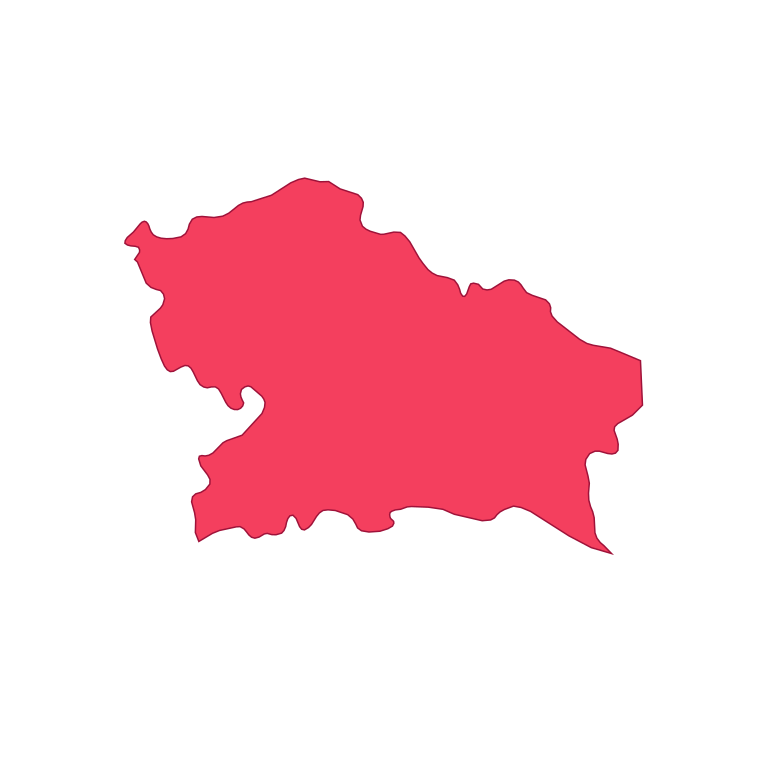 outline of Buzau, rotated 152°
{"feature_id": "ROU-314", "entity_name": "Buzau", "entity_type": "County", "adm_level": 1, "iso_a3": "ROU", "parent_name": "Romania", "parent_adm1": "", "projection": "albers", "projection_center": [26.856, 45.281], "detail": "fine", "context": "isolated", "style": "filled", "palette": "rose", "viewbox_px": 768, "rotation_deg": 152, "n_neighbors": 0, "source": "natural_earth", "source_scale": "10m", "svg_char_len": 3399}
<svg xmlns="http://www.w3.org/2000/svg" viewBox="0 0 768 768"><g transform="rotate(152 384 384)"><path d="M235.1,226.0L241.2,222.7L244.4,218.2L247.1,207.0L249.3,200.0L254.7,191.6L257.7,185.3L259.2,178.8L259.7,173.3L261.2,167.3L267.6,153.6L268.4,147.9L267.5,142.5L265.7,137.9L262.7,127.5L277.8,142.2L292.0,163.1L314.4,202.7L320.9,210.6L327.0,215.4L336.7,216.7L341.5,216.6L345.6,215.6L349.3,213.9L353.7,213.9L361.5,217.2L383.1,236.0L390.8,245.7L402.6,254.4L417.2,262.9L421.2,264.6L428.1,265.6L433.1,267.5L436.6,268.0L438.9,267.7L440.3,266.1L441.1,264.0L441.3,262.5L441.0,261.1L440.5,259.9L440.0,258.2L440.7,256.4L443.2,254.6L448.5,254.4L456.7,255.9L466.8,260.4L472.8,265.0L474.9,269.3L474.7,273.5L474.9,279.4L477.4,285.7L486.4,295.2L492.5,299.2L497.2,301.0L501.6,300.5L505.7,298.8L514.0,294.0L518.1,292.7L522.7,292.5L524.9,294.4L525.5,297.7L524.7,306.6L526.0,310.9L528.9,311.8L532.1,310.3L535.1,307.5L537.8,304.2L541.1,301.6L544.4,300.4L550.1,301.6L553.8,303.7L557.2,306.9L560.0,307.8L566.2,307.5L570.4,308.5L572.9,310.9L574.2,314.2L574.8,317.9L575.6,321.8L578.0,325.6L581.4,327.2L598.0,331.9L605.6,332.7L621.4,331.9L620.3,341.4L614.0,352.5L611.7,359.2L609.2,370.3L606.0,374.3L601.8,375.4L596.6,374.3L591.3,374.6L584.7,377.4L582.4,381.5L582.4,386.5L584.2,397.7L582.8,404.9L580.9,406.9L578.4,406.3L575.7,404.4L572.0,403.3L567.4,403.4L553.8,407.7L549.5,407.8L533.3,405.4L505.6,415.2L500.5,419.4L497.7,423.5L497.2,427.0L497.6,430.6L502.8,444.0L504.9,446.1L508.3,446.8L512.4,446.1L515.4,442.8L516.4,439.8L516.7,436.7L516.8,433.2L519.0,431.0L522.0,429.9L525.2,430.1L528.2,431.8L530.5,434.5L531.9,438.1L532.3,442.1L532.1,452.0L532.4,457.3L534.2,460.6L537.6,462.4L541.8,463.6L544.6,466.0L546.7,469.8L547.2,474.5L546.8,484.3L547.0,488.5L548.3,491.9L551.0,493.8L555.5,494.3L563.9,494.1L566.9,495.3L568.7,498.3L569.4,502.9L568.9,510.8L567.5,521.3L563.9,539.6L561.4,547.9L558.5,552.6L545.9,555.9L542.1,557.8L537.7,562.3L536.5,566.9L537.4,571.4L540.7,574.4L544.4,578.7L546.6,584.7L544.4,607.5L545.7,611.0L538.1,615.0L536.8,617.1L536.6,620.0L539.0,622.4L542.8,624.9L545.3,627.2L546.7,629.9L545.2,632.0L541.9,633.9L533.9,635.8L524.0,639.9L521.7,640.5L519.2,640.2L517.9,638.8L517.3,636.5L517.4,633.8L518.0,630.8L518.2,627.5L517.7,624.1L515.7,620.7L512.4,617.4L507.7,614.3L502.1,611.6L494.1,609.2L488.6,609.9L484.3,612.7L480.8,616.5L475.9,619.5L470.9,619.4L466.1,617.4L455.9,610.8L447.6,607.9L440.9,607.7L428.7,610.0L423.6,610.0L419.4,608.9L415.7,607.3L394.8,603.5L371.9,605.4L363.5,604.7L357.4,603.0L345.6,592.6L337.8,588.7L331.2,576.9L318.2,563.4L316.7,558.6L317.0,554.2L319.2,550.5L325.5,544.0L328.2,540.1L329.0,533.4L327.2,529.1L324.5,525.4L316.7,517.7L313.8,516.3L304.0,513.5L298.3,510.1L296.0,504.8L294.5,497.5L293.9,478.9L293.0,472.1L291.5,464.4L289.4,459.4L286.2,454.8L278.1,448.2L273.2,442.7L272.3,437.0L272.8,432.1L273.7,428.2L273.3,424.6L271.6,423.5L268.7,424.7L263.0,429.9L260.4,431.7L257.6,431.0L253.8,427.7L252.2,421.5L248.9,418.7L244.9,417.3L229.6,418.4L224.9,417.4L220.1,414.5L217.5,411.0L216.5,407.4L216.1,403.2L215.2,397.7L211.5,392.7L201.8,382.4L200.3,377.1L201.0,373.1L203.1,369.7L203.7,365.1L201.9,357.5L190.3,331.6L185.8,324.5L181.0,319.9L167.1,309.2L146.6,284.2L165.7,244.0L179.2,239.9L196.2,239.3L200.4,238.0L202.6,235.1L204.0,225.8L205.5,220.9L208.6,215.6L212.1,214.3L215.6,215.2L219.1,217.6L225.4,223.6L229.2,225.6L235.1,226.0Z" fill="#f43f5e" stroke="#9f1239" stroke-width="1.5"/></g></svg>